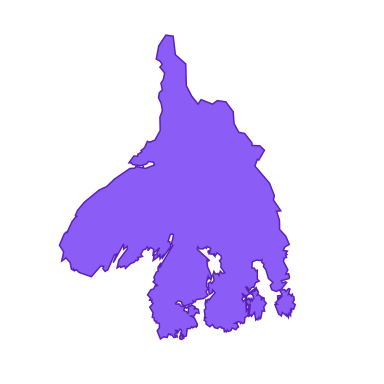 outline of Bergen nor, Hordaland, Norway, rotated 280°
{"feature_id": "86288312B18429617226236", "entity_name": "Bergen nor", "entity_type": "district", "adm_level": 2, "iso_a3": "NOR", "parent_name": "Norway", "parent_adm1": "Hordaland", "projection": "natural_earth1", "projection_center": [5.29, 60.365], "detail": "fine", "context": "isolated", "style": "filled", "palette": "violet", "viewbox_px": 384, "rotation_deg": 280, "n_neighbors": 0, "source": "geoboundaries", "source_scale": "gbopen_adm2", "svg_char_len": 5931}
<svg xmlns="http://www.w3.org/2000/svg" viewBox="0 0 384 384"><g transform="rotate(280 192 192)"><path d="M309.4,138.7L304.5,144.4L297.8,144.2L293.7,142.5L287.4,145.1L284.2,142.6L279.2,142.6L273.6,146.4L266.8,148.7L260.2,147.4L247.1,150.0L236.7,146.5L233.8,141.9L234.1,139.2L227.5,137.7L223.9,134.6L222.9,135.7L219.8,132.2L217.7,132.3L217.4,128.6L209.8,124.8L210.1,127.2L208.7,129.0L209.0,136.7L211.6,142.2L214.6,144.1L214.6,148.8L212.2,150.4L207.2,142.3L207.2,139.7L209.2,139.8L207.2,138.7L207.3,132.3L205.5,131.5L204.4,126.8L191.4,113.5L182.5,107.0L177.8,100.2L163.3,87.8L154.3,82.6L148.7,81.2L147.7,82.4L148.3,83.6L147.3,81.8L141.9,79.0L130.2,75.9L130.7,75.0L128.5,73.5L116.5,70.7L110.8,76.0L101.4,75.7L105.2,79.4L101.3,84.3L95.1,86.6L94.2,89.3L95.3,89.0L94.2,90.3L95.3,91.8L93.2,94.7L91.1,107.6L103.2,114.9L103.4,118.0L101.2,117.5L98.7,120.2L100.7,122.6L116.5,126.4L117.7,128.4L108.7,126.7L129.0,133.7L123.8,134.6L127.2,137.6L124.9,138.3L112.2,131.8L104.2,131.4L106.5,133.9L105.3,134.9L107.5,138.5L105.2,139.8L110.9,144.0L112.8,147.3L115.1,148.5L114.8,149.9L116.6,151.1L118.0,149.9L119.9,154.4L121.7,152.4L126.7,154.0L127.6,156.2L130.2,157.5L128.1,159.0L126.7,158.3L127.7,159.5L129.7,159.7L128.5,159.9L130.2,160.9L128.8,164.2L122.0,164.6L125.5,165.2L131.5,169.8L124.5,167.6L123.3,165.7L117.8,165.6L121.9,169.6L123.5,169.4L122.8,170.8L125.7,171.2L120.6,172.2L124.5,174.4L122.3,174.6L134.7,180.6L139.2,178.7L139.1,177.0L146.1,178.0L147.5,180.2L146.1,181.3L137.2,180.8L136.1,182.4L115.4,174.6L116.9,173.9L113.3,174.3L112.3,173.2L114.8,172.8L111.8,171.6L107.9,172.4L107.0,170.9L101.3,169.3L98.8,170.6L96.8,169.3L93.9,174.2L93.3,172.5L94.4,172.3L89.8,171.0L88.7,168.6L82.9,166.1L80.3,169.7L78.0,169.0L78.6,171.4L76.7,171.2L75.5,173.1L71.3,170.4L66.3,174.6L61.7,174.6L61.6,176.4L58.6,177.3L58.5,179.5L57.0,179.3L56.9,182.6L52.8,183.5L49.3,181.8L41.8,186.4L44.4,189.1L44.4,192.8L48.2,193.6L47.5,195.5L48.3,196.0L45.6,199.5L46.1,201.2L47.7,200.8L46.9,202.5L48.6,201.9L47.7,200.4L48.5,199.8L49.9,199.9L50.6,202.1L52.9,199.9L53.1,201.3L51.3,202.5L54.9,204.1L53.8,205.9L50.4,205.2L50.2,207.2L49.3,208.2L48.0,208.1L50.0,206.4L47.8,205.0L45.3,205.5L45.0,207.4L46.8,209.3L47.5,207.9L49.2,211.4L56.5,211.0L57.3,214.1L59.2,215.1L58.4,216.3L60.2,218.5L59.6,219.6L61.9,220.1L60.4,220.5L62.9,220.1L68.5,216.1L69.6,212.6L70.2,215.5L73.8,216.9L73.8,220.0L77.5,218.6L78.2,215.6L76.6,214.3L79.3,215.0L80.7,211.4L78.9,209.8L79.5,209.1L77.6,207.4L77.0,208.8L72.8,209.3L71.0,208.8L72.7,208.9L73.9,204.5L77.0,204.8L76.8,206.4L78.2,205.4L77.5,201.3L79.5,198.9L78.8,195.6L79.7,195.2L82.6,197.5L82.1,200.6L79.6,201.8L78.4,204.4L83.2,212.7L85.0,212.0L84.3,214.1L86.9,215.0L89.0,221.8L92.7,225.5L96.6,223.1L99.4,224.9L101.7,222.6L105.8,222.0L111.8,222.5L109.6,223.6L110.6,224.2L108.8,225.9L112.0,226.1L120.9,220.4L127.9,218.2L126.3,219.6L127.8,220.8L136.4,207.2L139.0,207.2L137.3,209.2L137.9,212.8L139.8,214.6L139.0,216.0L141.1,216.7L139.7,220.2L136.1,219.8L137.1,218.8L136.5,218.0L135.1,218.6L135.4,219.8L134.1,219.5L134.4,223.4L132.9,225.4L135.5,224.4L133.6,226.1L136.4,227.2L134.3,231.6L131.5,232.6L129.2,231.0L126.7,233.1L123.0,233.4L118.1,238.4L117.1,236.2L118.9,233.6L114.4,233.1L116.3,231.7L115.0,229.6L117.5,227.4L113.8,226.9L109.3,229.1L105.3,227.5L106.6,225.7L104.6,223.9L94.1,226.7L96.4,229.4L99.2,229.2L96.9,232.2L88.9,227.8L89.6,227.6L88.6,225.7L86.3,225.7L87.6,224.4L84.3,224.3L79.6,226.0L78.0,224.6L71.5,226.5L70.3,225.6L71.3,226.8L70.1,228.1L70.5,226.5L67.7,226.2L67.0,228.1L64.3,228.9L62.4,233.0L65.0,235.3L62.4,237.7L62.0,240.9L64.0,242.6L64.0,244.6L62.6,244.7L63.4,245.0L62.7,247.0L63.8,247.0L59.4,248.2L61.0,248.4L60.2,250.1L62.3,250.6L61.0,251.9L62.3,254.4L65.0,255.0L64.0,259.1L67.3,260.7L66.7,261.7L70.3,258.9L70.1,256.9L70.7,257.6L70.3,259.3L71.7,258.7L72.6,261.5L71.0,262.5L72.2,263.3L71.3,264.5L72.2,266.3L77.7,266.0L80.1,268.7L87.9,267.8L84.1,266.2L93.6,263.9L95.5,263.0L93.1,261.6L95.0,259.8L97.7,260.9L101.0,258.9L99.1,261.9L99.4,263.4L98.1,261.8L96.1,263.9L99.6,264.1L101.9,266.5L107.6,261.5L107.9,263.0L104.9,265.6L108.5,267.4L109.0,269.5L113.6,270.3L116.0,273.7L117.3,271.5L126.4,269.9L125.5,268.3L127.8,266.7L127.4,264.3L133.6,263.4L136.2,267.4L136.3,271.8L137.4,272.6L134.8,273.0L133.4,275.4L130.8,275.3L128.4,278.2L120.1,282.3L117.1,287.3L113.4,285.3L109.6,287.6L108.7,292.3L110.7,295.2L107.6,297.9L106.0,298.4L104.6,294.4L101.9,294.9L105.3,299.0L97.5,293.4L96.3,295.5L95.6,293.2L86.8,298.5L85.5,301.5L89.1,301.9L86.6,306.3L88.8,305.9L85.2,308.7L89.4,308.7L87.5,310.5L93.1,309.6L91.8,310.8L94.5,310.6L94.2,312.4L99.0,313.3L100.7,310.3L103.4,311.4L106.5,310.5L107.6,308.5L109.6,308.7L106.9,307.8L108.6,305.6L107.9,304.7L113.4,305.3L113.7,303.9L110.5,301.7L112.0,300.1L111.3,296.6L119.3,300.9L119.8,299.6L118.2,296.8L120.1,295.3L123.6,302.6L125.4,302.7L128.3,301.3L127.3,298.6L132.0,299.9L139.5,294.1L142.9,294.3L144.0,296.5L145.6,295.4L147.0,296.4L147.5,294.8L150.4,296.2L150.3,292.0L154.0,293.0L157.3,296.9L164.9,291.9L170.3,284.8L179.5,283.0L187.8,278.6L188.9,282.7L198.2,273.6L202.8,273.7L214.0,266.9L228.5,249.4L235.6,250.7L235.0,252.2L245.7,256.1L249.3,250.7L248.3,243.2L251.0,242.3L258.8,233.6L258.9,227.7L266.7,221.5L278.1,218.7L286.7,209.6L286.4,201.0L282.1,197.0L284.5,184.9L279.6,182.7L286.3,175.1L295.8,167.9L317.0,163.6L324.3,151.8L342.2,146.4L342.0,139.0L330.2,133.9L316.7,133.7L315.2,138.0L312.5,140.5L309.4,138.7ZM95.3,264.0L86.9,265.8L91.9,265.6L89.7,267.5L91.5,268.4L90.6,269.0L79.6,269.6L81.1,271.4L79.9,272.1L84.3,274.5L77.1,277.0L78.1,277.6L77.5,279.0L80.3,279.7L78.7,281.0L80.0,281.7L86.9,281.8L87.3,284.2L91.2,282.6L95.3,284.5L97.4,281.9L100.1,281.4L100.5,280.0L97.2,279.0L100.6,278.6L102.6,275.1L101.8,274.1L104.5,275.0L106.8,273.4L105.6,269.8L107.4,272.6L109.0,271.8L104.6,267.7L104.5,269.6L103.0,266.8L101.6,268.1L102.0,269.3L97.1,271.7L98.5,270.8L95.3,270.2L97.4,268.7L94.7,268.4L97.2,266.9L97.1,265.8L94.8,265.9L96.1,265.3L95.3,264.0Z" fill="#8b5cf6" stroke="#5b21b6" stroke-width="1.5"/></g></svg>